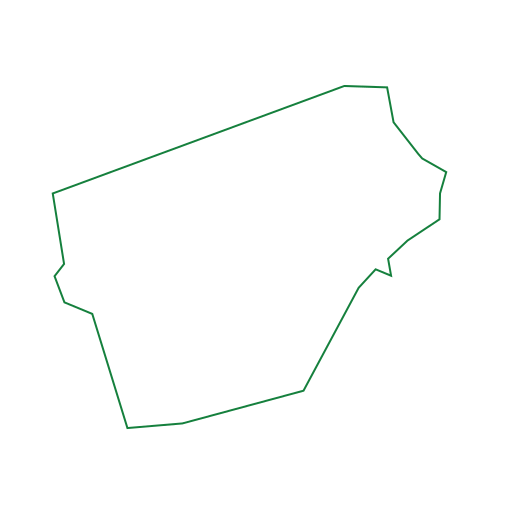 outline of Grant, Kentucky, United States of America, rotated 260°
{"feature_id": "52423323B20105286967567", "entity_name": "Grant", "entity_type": "district", "adm_level": 2, "iso_a3": "USA", "parent_name": "United States of America", "parent_adm1": "Kentucky", "projection": "natural_earth1", "projection_center": [-84.627, 38.638], "detail": "fine", "context": "isolated", "style": "outline", "palette": "green", "viewbox_px": 512, "rotation_deg": 260, "n_neighbors": 0, "source": "geoboundaries", "source_scale": "gbopen_adm2", "svg_char_len": 423}
<svg xmlns="http://www.w3.org/2000/svg" viewBox="0 0 512 512"><g transform="rotate(260 256 256)"><path d="M227.4,84.7L108.9,99.5L103.9,154.4L115.1,279.4L206.9,351.6L222.1,371.5L213.1,385.6L230.4,385.6L244.9,407.9L260.3,443.1L285.7,448.1L305.6,457.9L323.2,436.6L328.4,433.5L363.8,414.7L399.3,414.4L408.1,372.4L352.9,66.7L281.5,65.6L271.1,54.1L243.6,59.3L227.4,84.7Z" fill="none" stroke="#15803d" stroke-width="2"/></g></svg>